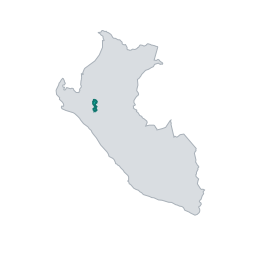 Chachapoyas, Amazonas, Peru (highlighted), rotated 346°
{"feature_id": "86281439B12993203122991", "entity_name": "Chachapoyas", "entity_type": "district", "adm_level": 2, "iso_a3": "PER", "parent_name": "Peru", "parent_adm1": "Amazonas", "projection": "robinson", "projection_center": [-77.817, -6.465], "detail": "fine", "context": "in_parent", "style": "filled", "palette": "teal", "viewbox_px": 256, "rotation_deg": 346, "n_neighbors": 0, "source": "geoboundaries", "source_scale": "gbopen_adm2", "svg_char_len": 5617}
<svg xmlns="http://www.w3.org/2000/svg" viewBox="0 0 256 256"><g transform="rotate(346 128 128)"><path d="M177.3,73.4L177.2,74.1L176.5,74.5L175.7,73.9L174.7,74.1L173.0,72.4L169.2,72.7L167.5,74.6L165.0,75.1L162.2,76.0L159.0,76.3L154.1,79.4L153.0,80.7L150.7,82.5L148.9,83.2L148.0,88.8L146.2,92.1L145.5,93.9L146.5,96.6L146.4,97.9L145.4,99.0L144.6,99.1L142.9,100.3L140.4,102.8L139.9,104.7L140.7,107.2L140.5,107.5L138.4,108.0L138.4,109.4L138.0,110.0L139.7,112.0L140.7,112.5L140.8,113.0L140.6,113.5L140.2,113.7L140.2,114.1L141.5,115.7L142.4,118.7L144.2,120.1L144.2,121.1L144.8,122.1L145.7,122.8L147.9,125.8L148.0,127.2L145.6,130.4L149.5,130.4L153.7,131.5L154.3,132.0L154.8,133.5L154.8,134.4L155.7,135.2L155.6,136.9L161.1,136.9L164.7,136.5L170.6,131.1L171.5,130.7L171.0,131.9L170.9,132.7L171.2,133.6L170.6,134.9L170.4,148.0L171.5,147.3L172.8,148.5L173.8,148.6L177.0,147.1L180.7,147.4L189.2,164.4L188.5,165.6L188.5,166.5L187.4,167.2L186.3,168.6L186.2,175.4L185.3,177.5L185.8,178.5L186.3,180.7L187.1,182.0L187.3,182.8L187.2,183.1L186.0,183.9L185.9,185.1L183.7,187.5L183.3,189.2L182.5,189.7L182.3,191.6L184.2,194.6L183.0,196.4L181.8,199.0L183.7,204.6L184.5,205.4L185.3,205.4L186.6,205.9L187.3,206.7L185.7,207.8L185.4,208.2L185.5,210.1L183.8,211.5L181.5,215.0L180.8,215.2L179.6,216.2L179.4,216.7L179.6,217.2L180.6,218.3L180.7,219.6L179.0,221.2L177.9,221.3L177.4,221.8L177.9,223.9L177.8,224.9L177.5,226.0L176.6,227.3L174.2,228.6L171.9,228.8L168.1,225.6L166.9,224.3L163.2,221.5L162.6,218.7L161.3,217.2L159.0,216.2L157.2,214.7L155.8,214.0L152.4,210.8L149.3,209.8L143.5,206.3L140.3,205.2L136.3,202.0L134.1,201.2L132.4,199.7L127.1,196.5L126.3,195.5L125.5,193.9L124.3,193.0L123.0,190.9L121.0,189.6L119.1,187.9L116.8,183.4L115.7,182.4L115.7,180.4L114.9,179.4L116.0,178.8L116.8,175.6L116.4,174.0L113.7,169.8L113.2,168.0L111.2,164.7L110.5,162.8L108.9,161.3L108.3,160.1L107.4,159.6L107.4,158.1L106.8,155.2L105.9,153.8L102.8,151.1L102.5,148.1L101.8,146.1L97.4,137.9L94.9,129.9L92.8,125.5L91.9,123.0L91.8,121.6L90.2,119.3L89.4,117.2L85.9,113.0L83.8,108.4L83.5,107.1L82.1,104.6L79.9,101.3L78.7,100.0L71.9,95.9L68.7,93.4L68.3,92.2L68.5,91.4L69.2,90.7L70.2,91.3L70.8,91.1L71.2,90.2L71.2,88.8L70.6,87.0L68.4,83.6L69.0,82.1L66.8,78.2L67.3,74.3L67.8,73.4L71.1,69.5L72.0,67.8L73.4,66.8L74.9,65.2L76.6,64.0L77.1,64.4L77.6,66.5L77.5,67.9L78.0,69.4L76.8,70.8L75.5,70.5L75.0,70.9L74.8,71.5L75.0,72.6L75.4,73.0L76.3,73.1L75.0,75.1L75.1,75.5L76.0,75.9L76.9,75.4L77.9,74.2L78.4,74.0L81.7,76.0L83.3,75.8L84.5,76.7L84.6,78.2L86.3,81.0L88.8,81.7L89.2,81.5L89.7,80.4L90.3,80.2L90.4,78.7L92.5,77.0L92.9,75.8L92.6,75.0L92.6,74.4L93.9,70.6L94.3,70.3L94.6,69.1L95.1,68.3L95.9,64.1L96.5,64.2L97.0,65.2L97.7,64.9L97.3,64.0L97.4,63.6L99.8,60.3L100.6,59.6L112.1,54.9L117.8,50.2L122.8,43.6L124.4,36.9L125.0,37.4L126.0,37.2L125.6,34.5L125.9,33.2L125.8,32.8L124.3,31.2L123.6,29.5L122.3,28.5L122.3,28.1L123.8,28.4L125.1,28.3L126.2,27.2L127.1,27.3L128.9,28.8L130.3,28.9L130.8,30.0L132.1,30.8L134.1,33.1L134.9,35.6L134.9,36.1L135.7,37.4L137.6,38.0L139.5,39.9L141.4,40.5L142.3,42.2L142.8,42.7L143.0,43.6L142.7,44.8L143.0,45.4L144.4,46.4L145.7,46.4L145.9,46.9L146.6,49.6L146.2,51.0L146.3,51.8L147.9,52.5L148.4,53.1L149.7,53.2L151.5,52.6L153.7,53.5L155.4,53.2L156.2,52.9L157.0,52.3L157.7,52.3L159.5,50.6L160.0,50.4L161.9,51.2L163.4,52.4L165.4,52.2L166.2,51.5L167.6,51.0L170.2,52.5L170.7,53.2L171.4,53.4L174.1,54.8L174.6,55.4L176.1,56.0L176.4,56.5L176.3,57.0L169.8,68.4L171.8,69.3L173.7,68.7L174.6,69.5L175.4,71.3L176.8,72.6L177.3,73.4Z" fill="#d9dde1" stroke="#a8b0b8" stroke-width="1"/><path d="M101.6,103.4L101.8,103.3L101.7,103.1L101.8,103.1L102.0,103.0L102.0,102.9L102.0,102.7L101.9,102.7L101.8,102.4L101.7,102.2L101.6,101.9L101.5,101.7L101.8,101.5L101.8,101.4L101.8,101.2L101.7,101.2L101.7,100.8L101.7,100.6L101.7,100.4L101.7,100.2L101.8,100.0L101.7,99.9L101.8,99.9L101.8,100.0L102.0,100.1L102.1,100.3L102.3,100.2L102.5,100.1L102.5,99.9L102.8,99.6L102.7,99.5L102.5,99.4L102.5,99.2L102.4,99.2L102.2,99.3L102.1,99.2L101.9,98.9L101.9,98.7L101.8,98.3L101.8,98.1L101.7,97.9L101.8,97.9L101.8,97.7L101.7,97.6L101.7,97.4L101.6,97.2L101.8,97.0L101.8,96.9L102.0,96.8L102.0,96.7L102.3,96.5L102.5,96.5L102.6,96.4L102.8,96.3L102.9,96.2L102.9,95.9L103.0,96.0L103.3,96.2L103.5,96.2L103.7,95.9L103.8,95.7L103.9,95.4L104.0,95.3L104.0,95.2L104.2,94.9L104.3,94.9L104.3,94.7L104.2,94.6L104.1,94.4L104.0,94.1L104.0,93.9L103.9,93.8L103.8,93.7L103.7,93.5L103.7,93.4L103.4,93.1L103.2,93.2L103.2,92.9L102.9,92.9L102.7,92.8L102.6,92.7L102.4,92.6L102.2,92.4L102.0,92.2L101.8,92.2L101.7,92.2L101.7,92.3L101.4,92.5L101.4,92.8L101.3,93.1L101.2,93.1L101.1,93.3L101.1,93.5L101.1,93.8L101.2,94.0L101.3,94.1L101.2,94.2L101.0,94.3L100.9,94.2L100.7,94.2L100.4,93.9L100.3,94.0L100.3,93.9L100.2,94.0L100.2,94.3L100.2,94.5L100.1,94.8L100.1,95.0L100.0,95.3L100.0,95.5L99.9,95.6L99.8,95.8L99.8,96.0L99.8,96.3L99.9,96.5L100.0,96.8L100.1,97.0L100.3,97.2L100.3,97.3L100.5,97.4L100.4,97.5L100.6,97.7L100.6,97.8L100.6,98.0L100.6,98.3L100.7,98.5L100.8,98.6L100.9,98.8L100.9,99.0L101.0,99.4L101.0,99.6L101.0,99.8L101.1,100.0L101.2,100.3L101.2,100.5L100.9,100.7L100.9,100.8L100.7,100.8L100.4,100.9L100.2,100.9L100.1,100.7L100.0,100.4L99.9,100.4L99.8,100.5L99.7,100.6L99.4,100.7L99.2,100.8L99.1,101.0L98.9,101.0L98.9,101.3L99.0,101.3L99.0,101.5L99.0,101.8L99.1,102.0L98.9,102.1L99.0,102.2L99.2,102.4L99.1,102.5L99.2,102.9L99.2,103.0L99.2,103.3L99.2,103.5L99.3,103.4L99.6,103.6L99.8,103.6L100.0,103.6L100.3,103.5L100.4,103.4L100.5,103.5L100.8,103.5L100.8,103.4L101.1,103.4L101.1,103.5L101.2,103.4L101.3,103.3L101.4,103.2L101.4,103.3L101.5,103.4L101.6,103.4Z" fill="#14b8a6" stroke="#0f766e" stroke-width="1.5"/></g></svg>